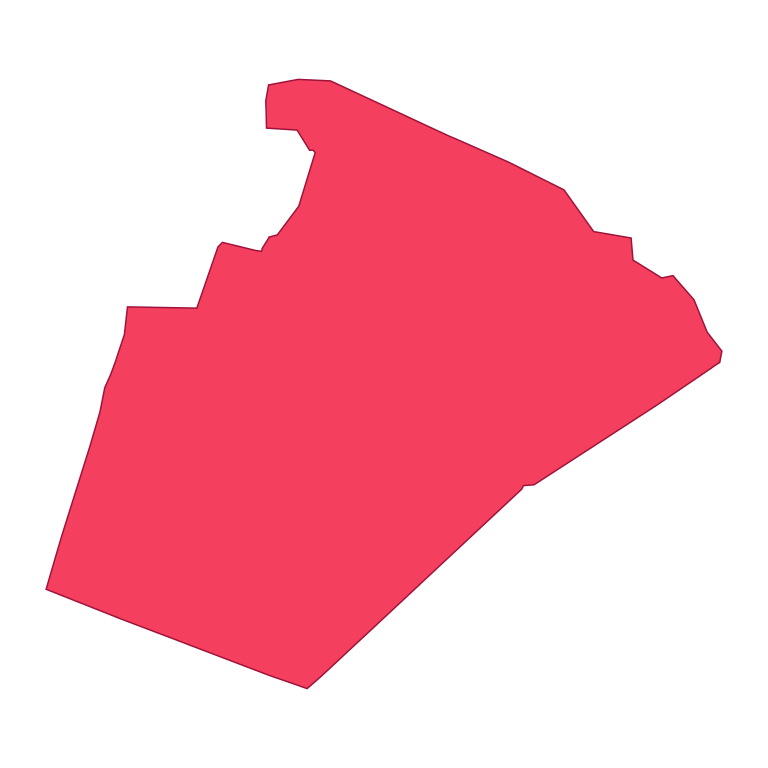 Wake, North Carolina, United States of America
{"feature_id": "52423323B47689495133402", "entity_name": "Wake", "entity_type": "district", "adm_level": 2, "iso_a3": "USA", "parent_name": "United States of America", "parent_adm1": "North Carolina", "projection": "robinson", "projection_center": [-78.683, 35.798], "detail": "fine", "context": "isolated", "style": "filled", "palette": "rose", "viewbox_px": 768, "rotation_deg": 0, "n_neighbors": 0, "source": "geoboundaries", "source_scale": "gbopen_adm2", "svg_char_len": 1177}
<svg xmlns="http://www.w3.org/2000/svg" viewBox="0 0 768 768"><path d="M119.3,618.3L120.7,618.9L181.4,641.9L189.9,645.2L264.7,673.7L273.7,677.0L275.1,677.5L278.2,678.5L307.1,688.6L320.2,677.2L320.4,677.0L330.8,667.4L348.2,651.1L367.5,633.2L521.6,489.3L523.5,485.6L534.0,484.8L657.2,404.9L658.2,404.2L711.6,367.9L714.2,366.0L719.7,362.4L719.9,361.8L719.7,361.8L719.9,361.6L720.1,360.3L721.9,351.2L707.2,332.2L694.0,299.8L672.9,275.6L661.8,278.0L633.0,260.1L631.1,238.0L593.7,231.6L564.0,189.9L508.9,162.3L455.1,138.6L448.4,135.8L330.5,80.9L298.2,79.4L268.6,84.9L265.8,100.8L266.0,107.5L266.1,110.1L266.5,128.1L297.1,130.1L309.6,150.3L313.1,150.1L315.2,152.6L298.8,206.1L298.4,206.7L290.0,217.9L277.3,234.9L269.0,237.1L268.9,237.3L268.7,238.0L268.3,238.7L262.6,247.7L262.2,248.4L262.1,249.0L261.8,250.4L261.5,251.3L255.7,250.5L222.4,242.4L218.0,246.9L217.5,248.3L211.1,266.8L198.3,303.9L198.2,304.2L196.8,308.1L195.3,308.1L139.9,307.1L127.5,306.9L124.4,334.5L116.3,358.9L116.0,360.0L112.2,370.4L110.5,374.9L104.8,387.6L99.9,412.2L90.1,445.7L62.5,533.5L62.3,534.1L57.1,551.6L57.1,551.8L57.0,552.0L46.1,589.3L119.3,618.3Z" fill="#f43f5e" stroke="#9f1239" stroke-width="1.5"/></svg>